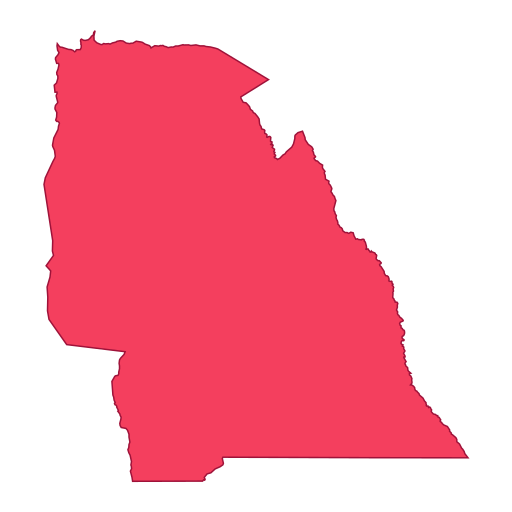 Jáchal, San Juan, Argentina (orthographic projection)
{"feature_id": "61730980B94061248290097", "entity_name": "Jáchal", "entity_type": "district", "adm_level": 2, "iso_a3": "ARG", "parent_name": "Argentina", "parent_adm1": "San Juan", "projection": "orthographic", "projection_center": [-68.237, -30.298], "detail": "fine", "context": "isolated", "style": "filled", "palette": "rose", "viewbox_px": 512, "rotation_deg": 0, "n_neighbors": 0, "source": "geoboundaries", "source_scale": "gbopen_adm2", "svg_char_len": 5944}
<svg xmlns="http://www.w3.org/2000/svg" viewBox="0 0 512 512"><path d="M66.7,344.6L125.1,351.7L124.1,354.4L120.4,358.4L119.5,360.0L119.1,363.3L119.5,365.9L119.5,368.8L118.7,372.3L118.8,373.6L118.3,374.8L117.9,375.4L115.8,375.7L114.8,376.3L111.9,381.4L112.9,395.0L113.7,397.2L114.1,400.1L115.2,402.6L114.5,403.3L114.6,403.8L115.1,404.8L115.9,405.0L116.8,406.3L116.7,407.1L118.2,410.0L118.3,410.7L117.8,411.2L119.8,413.9L120.2,415.5L121.1,417.2L120.9,419.1L119.8,423.4L120.1,425.5L121.2,427.5L125.9,428.4L127.5,430.2L129.0,434.3L129.0,437.1L129.9,442.1L129.0,444.5L128.8,447.4L127.9,449.7L128.8,452.7L130.1,455.2L131.5,461.6L130.9,465.0L131.3,466.0L131.6,468.7L130.4,471.1L132.0,477.3L132.6,481.3L202.6,481.1L203.6,479.8L204.5,480.2L204.9,479.9L205.1,479.2L204.3,477.7L204.3,477.3L207.1,473.9L210.9,472.8L215.2,468.9L220.2,466.7L222.9,464.8L223.4,463.3L222.3,458.5L222.9,457.2L373.6,457.7L468.0,457.8L464.8,453.6L464.1,451.4L462.7,449.2L461.6,448.1L459.5,444.0L456.8,441.7L456.8,439.5L455.9,437.7L452.2,434.5L451.4,434.2L451.1,432.7L449.6,431.3L449.7,430.0L447.4,426.5L443.7,424.9L442.2,423.5L441.6,422.4L440.2,421.5L440.1,420.9L440.7,419.9L439.1,417.4L438.0,417.0L437.7,415.6L436.6,415.6L435.6,414.5L433.4,414.0L431.6,412.1L431.2,411.3L431.6,409.9L430.7,408.6L430.5,407.8L429.7,407.0L428.6,407.5L428.0,406.0L426.8,406.1L426.3,405.7L426.4,404.4L425.9,403.5L426.0,402.6L424.5,401.0L423.0,398.1L419.5,395.1L419.0,393.6L417.0,391.6L417.0,391.3L415.5,390.5L414.9,389.4L414.6,387.5L413.5,386.2L412.0,385.1L410.5,384.9L411.8,383.3L412.0,382.3L411.7,380.1L411.9,378.6L410.8,376.0L409.5,375.0L409.4,373.5L410.8,373.2L408.6,371.3L407.9,370.3L407.6,367.6L405.7,365.8L405.6,364.8L404.9,363.8L405.3,362.5L406.1,361.7L403.8,357.6L403.9,357.0L405.0,357.0L405.1,356.6L404.9,355.7L403.6,353.4L403.8,352.7L404.8,351.4L404.9,350.8L403.7,348.8L403.8,347.1L403.3,346.5L402.4,346.3L402.4,345.6L403.0,344.9L401.6,344.2L401.0,343.4L401.3,341.7L402.1,340.6L403.7,340.7L404.0,340.4L404.0,339.7L402.3,338.5L402.0,337.1L402.4,336.2L403.3,335.9L403.8,335.3L404.5,333.7L404.6,332.2L404.4,330.9L404.0,330.2L402.9,329.7L402.2,328.4L401.1,327.9L401.0,325.7L400.2,325.3L399.6,323.6L400.3,322.2L403.0,321.0L403.2,320.3L401.5,318.3L400.0,317.3L398.8,315.4L397.8,314.6L397.4,313.2L397.7,312.0L396.5,310.0L397.4,307.2L397.3,305.3L397.8,303.4L397.0,302.2L395.2,302.1L394.9,300.8L394.2,300.1L393.9,298.9L392.7,297.6L393.0,293.7L392.8,292.4L393.5,291.1L393.1,288.9L393.7,287.5L393.1,286.1L392.3,285.4L392.5,284.6L393.0,284.2L392.1,283.3L391.9,281.5L391.5,281.2L390.0,281.4L388.9,280.9L389.1,279.1L388.3,276.7L387.1,275.8L386.0,275.8L385.3,275.1L384.3,273.3L384.1,271.4L381.1,266.7L379.8,265.6L379.6,264.4L381.0,263.5L381.2,262.8L379.3,260.7L378.0,260.7L376.3,259.2L376.1,258.4L376.7,255.5L376.4,254.8L375.6,254.5L375.2,253.4L374.7,252.9L371.9,251.8L371.4,251.2L371.2,251.9L370.2,252.1L369.5,250.9L368.8,250.4L368.3,249.1L367.8,248.9L366.5,249.4L366.0,249.2L366.5,247.8L366.4,246.2L365.3,242.1L364.3,241.1L364.4,240.2L363.7,239.3L362.0,239.3L361.4,239.8L358.4,239.5L357.4,238.8L355.8,239.2L354.0,235.7L353.2,232.8L350.8,232.2L349.0,233.3L348.3,233.3L347.4,232.6L345.0,232.5L342.7,230.7L342.3,228.9L341.3,227.7L339.9,227.0L339.1,225.3L337.9,224.2L337.8,222.3L337.3,220.6L336.6,219.6L336.0,217.3L336.4,215.6L335.2,213.8L334.7,211.7L334.0,210.8L333.9,209.9L333.8,208.6L335.9,200.6L335.0,198.5L334.4,196.4L333.1,195.2L331.9,192.9L330.9,191.7L331.8,188.9L331.8,188.3L330.3,185.2L328.8,183.6L328.7,182.6L329.0,181.2L325.5,179.2L325.1,175.1L324.5,173.9L324.3,172.5L325.0,171.4L322.7,168.4L322.4,167.1L322.6,165.1L319.6,163.3L317.5,161.1L315.6,160.6L314.4,159.0L314.0,158.2L315.5,156.9L315.5,156.5L313.9,154.7L313.4,152.2L312.4,150.7L313.1,149.4L312.9,148.7L311.7,146.8L308.3,144.4L305.2,139.7L305.0,137.6L302.5,131.2L298.0,132.6L295.3,135.0L294.9,135.9L294.8,138.7L293.5,143.9L291.8,147.1L286.3,151.9L285.1,153.8L283.0,155.0L279.8,158.3L277.4,159.5L276.8,158.7L274.4,157.6L274.3,156.8L275.5,156.0L275.6,155.3L274.2,153.9L274.9,152.4L274.0,152.0L273.8,151.5L274.5,150.0L274.5,149.2L272.2,147.5L273.1,145.2L272.5,144.6L271.3,144.8L270.8,144.5L272.0,143.1L272.0,142.4L271.9,141.8L270.7,141.6L270.5,141.2L270.8,137.4L270.1,136.6L269.2,136.4L267.1,137.3L266.7,137.0L267.0,134.9L266.1,133.9L264.8,133.4L264.6,132.2L264.8,130.4L264.1,129.7L261.7,128.9L261.0,126.3L260.2,125.4L259.6,123.8L259.1,119.0L257.7,116.8L255.0,113.5L253.3,112.6L252.6,111.0L250.4,109.3L249.5,106.6L247.5,104.3L246.0,102.8L243.2,102.3L241.0,98.5L240.8,96.9L268.5,79.6L217.9,49.0L215.4,48.2L210.5,47.0L206.0,46.5L204.1,45.9L200.1,45.9L196.0,44.9L190.8,45.5L188.6,44.9L183.7,45.0L183.1,44.7L178.2,46.0L175.6,46.0L173.1,47.1L171.2,47.0L168.1,47.6L165.9,46.6L164.5,46.4L162.9,45.4L161.1,45.7L160.3,45.5L158.9,46.1L154.8,45.7L151.0,47.9L150.6,46.9L149.4,45.6L145.1,44.1L142.5,42.4L141.1,42.0L136.2,41.2L132.8,43.2L131.0,43.2L129.8,43.6L126.3,43.1L123.0,41.0L120.2,40.7L117.0,41.3L115.8,42.1L112.5,42.9L110.0,44.1L108.7,43.6L105.3,43.9L103.7,43.5L102.0,44.6L100.8,44.5L96.8,42.8L94.1,40.2L93.9,36.1L95.1,30.7L93.7,32.6L93.4,34.9L91.4,36.3L90.6,37.6L88.4,39.7L85.6,40.4L83.6,40.3L81.4,39.1L80.7,39.7L80.5,41.0L80.9,42.4L80.9,44.5L81.3,45.1L81.2,47.6L80.3,49.6L76.7,49.7L76.0,50.2L75.7,51.2L74.7,51.8L73.0,50.4L71.0,49.6L68.5,49.4L61.8,47.2L60.4,47.2L59.0,46.0L57.3,43.7L57.0,45.9L57.6,50.3L59.0,52.6L58.0,54.7L55.6,57.6L55.4,59.1L56.7,63.4L58.4,63.4L58.8,64.1L58.9,65.2L58.0,69.2L56.7,72.4L56.9,74.6L57.8,75.8L57.9,78.3L56.5,83.0L54.2,85.2L55.0,92.2L56.9,92.1L57.1,93.4L56.2,95.4L56.3,96.6L57.7,102.1L57.7,102.7L55.5,105.4L55.0,107.6L55.0,109.0L56.8,112.5L56.6,117.1L55.7,120.1L56.7,121.4L57.6,121.3L58.5,121.9L59.2,122.6L59.4,123.4L58.5,126.1L58.1,129.4L53.8,138.0L52.5,145.2L52.8,146.6L54.5,150.3L55.3,156.3L54.6,158.4L53.0,161.3L45.3,177.8L44.0,184.4L52.7,240.7L52.4,251.0L53.5,255.4L46.1,265.8L50.7,270.9L50.0,277.1L47.1,287.0L47.8,297.3L47.5,310.8L49.0,319.4L66.7,344.6Z" fill="#f43f5e" stroke="#9f1239" stroke-width="1.5"/></svg>